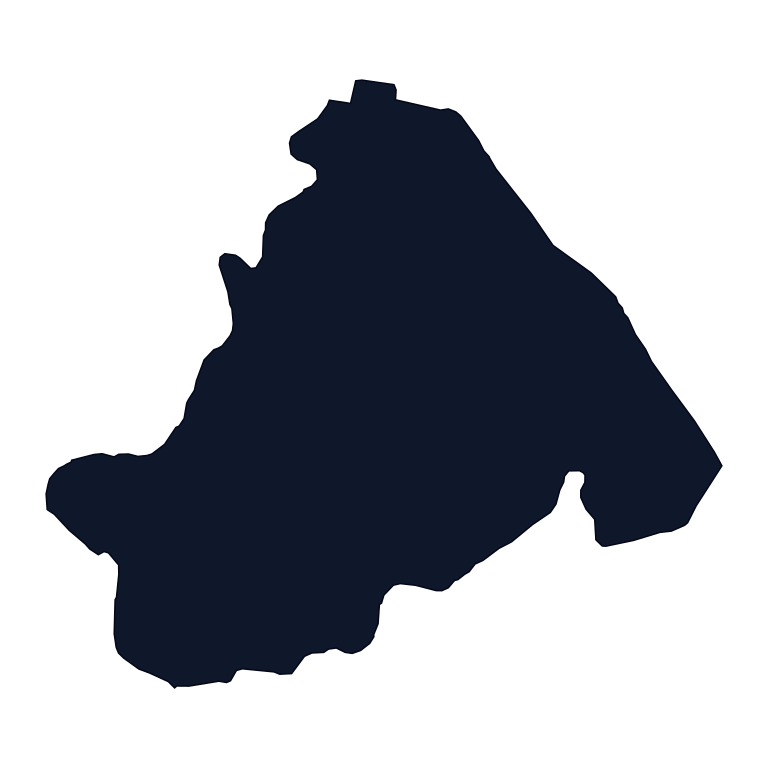 San Miguel Ixtahuacán, San Marcos, Guatemala (Robinson projection)
{"feature_id": "79465075B62576691905378", "entity_name": "San Miguel Ixtahuacán", "entity_type": "district", "adm_level": 2, "iso_a3": "GTM", "parent_name": "Guatemala", "parent_adm1": "San Marcos", "projection": "robinson", "projection_center": [-91.747, 15.27], "detail": "fine", "context": "isolated", "style": "filled", "palette": "ink", "viewbox_px": 768, "rotation_deg": 0, "n_neighbors": 0, "source": "geoboundaries", "source_scale": "gbopen_adm2", "svg_char_len": 2259}
<svg xmlns="http://www.w3.org/2000/svg" viewBox="0 0 768 768"><path d="M369.8,643.3L373.9,636.7L373.7,634.7L378.1,623.7L379.4,604.5L381.5,603.2L383.9,595.1L393.4,585.2L400.3,583.6L415.7,585.3L436.1,590.6L441.8,590.7L448.3,587.8L454.6,580.4L457.8,579.7L464.8,574.2L469.1,571.8L475.1,564.0L482.8,560.5L499.1,548.3L511.5,541.9L532.5,524.6L550.4,512.4L556.0,504.1L559.8,490.0L563.7,482.1L564.5,476.2L568.8,470.9L579.5,470.7L583.2,472.7L585.0,475.1L584.9,482.4L580.8,490.2L580.8,497.5L586.1,509.3L594.7,519.4L595.9,539.8L602.2,546.0L605.9,546.2L633.6,540.4L659.8,532.4L671.4,531.1L684.6,525.3L687.6,522.8L696.2,505.8L721.9,465.8L714.5,452.3L694.4,420.8L671.8,390.2L651.5,361.5L645.5,349.2L635.4,334.5L627.8,317.7L623.8,313.4L622.3,307.9L618.0,303.1L615.7,296.8L591.3,273.0L553.0,245.4L531.1,213.6L496.0,169.0L489.9,158.5L489.0,156.5L483.9,150.9L478.6,140.5L461.0,116.3L455.9,111.9L448.3,108.9L440.6,110.1L395.5,99.8L396.1,90.0L394.0,84.7L362.0,80.1L355.7,80.8L350.5,103.4L329.4,100.2L327.3,105.6L317.6,118.9L299.1,131.2L291.4,136.8L289.5,143.1L291.1,154.1L297.3,159.6L309.8,163.9L316.6,169.7L317.4,179.7L311.6,186.3L304.1,189.4L303.0,192.1L295.4,197.5L278.2,206.1L269.2,214.8L265.6,222.7L265.5,230.0L263.4,235.4L262.6,256.9L256.0,267.8L250.7,268.5L240.1,258.2L235.5,255.2L224.8,253.7L220.2,257.3L219.2,265.0L227.9,291.8L229.9,304.4L231.9,308.6L233.3,323.7L232.5,330.6L230.0,335.9L222.2,345.9L218.1,348.2L213.9,349.7L204.1,359.9L196.4,380.8L194.4,390.3L188.3,399.9L186.7,403.2L184.1,418.5L179.2,426.0L175.9,427.4L164.6,444.3L152.0,453.9L147.0,455.5L137.9,456.4L128.5,454.0L118.8,454.3L114.1,456.9L102.1,453.7L94.0,454.5L71.6,460.2L71.3,462.0L66.4,464.3L64.4,465.7L58.5,468.5L54.1,473.4L49.7,478.7L48.1,484.4L46.1,493.9L47.2,509.6L54.2,514.2L69.4,530.5L85.2,543.9L89.7,549.0L98.3,554.7L104.0,551.6L108.4,552.8L110.0,554.7L116.6,562.6L118.6,564.9L118.8,574.2L116.5,597.2L115.1,599.7L114.2,633.8L116.2,647.4L118.5,653.0L123.8,658.2L138.8,669.0L149.5,673.0L168.3,681.6L174.6,687.9L176.8,686.0L189.0,686.1L218.9,681.2L226.5,682.5L230.5,680.8L236.4,670.5L242.3,668.8L274.0,671.9L279.7,674.2L291.6,673.6L304.5,656.3L311.9,653.0L323.8,652.4L328.5,649.1L336.3,648.0L345.2,652.4L352.3,653.4L360.6,650.5L369.8,643.3Z" fill="#0f172a" stroke="#020617" stroke-width="1.5"/></svg>